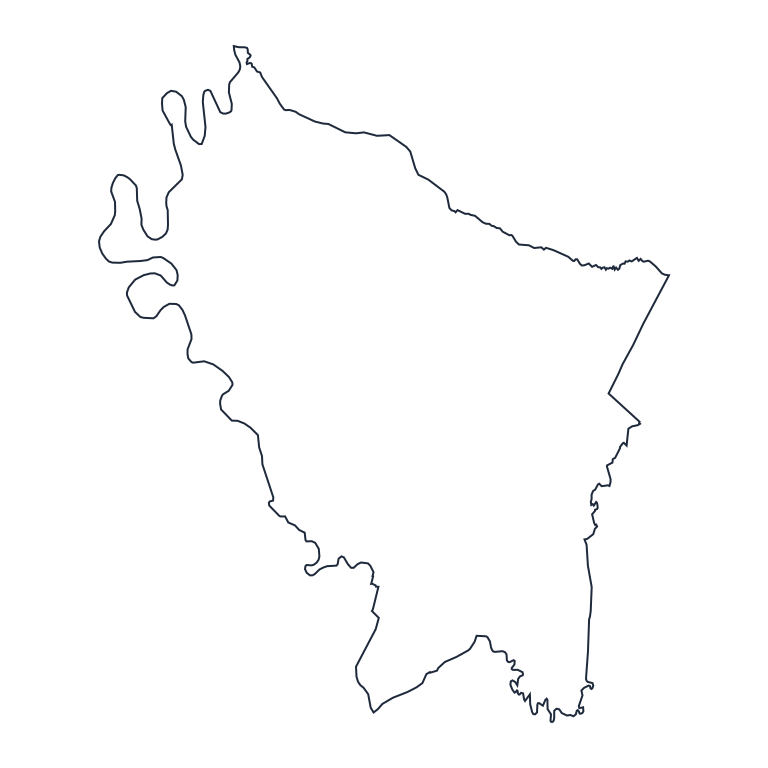 outline of Puerto Tejada, Cauca, Colombia
{"feature_id": "7082276B86469624898936", "entity_name": "Puerto Tejada", "entity_type": "district", "adm_level": 2, "iso_a3": "COL", "parent_name": "Colombia", "parent_adm1": "Cauca", "projection": "equal_earth", "projection_center": [-76.412, 3.266], "detail": "fine", "context": "isolated", "style": "outline", "palette": "slate", "viewbox_px": 768, "rotation_deg": 0, "n_neighbors": 0, "source": "geoboundaries", "source_scale": "gbopen_adm2", "svg_char_len": 6083}
<svg xmlns="http://www.w3.org/2000/svg" viewBox="0 0 768 768"><path d="M393.0,697.7L407.5,692.0L416.6,687.3L422.4,683.1L426.4,674.1L429.9,672.1L430.2,672.7L436.9,670.7L438.4,667.9L444.8,662.0L456.3,657.0L468.1,650.5L470.1,648.7L474.6,641.8L476.6,635.8L486.1,636.3L487.6,637.4L489.9,641.4L491.2,648.1L492.8,651.2L494.7,651.9L502.5,651.2L504.9,652.1L506.5,654.3L506.9,660.3L507.8,661.7L509.5,662.2L513.6,660.2L514.7,661.0L514.4,664.6L511.7,668.0L511.8,669.2L513.0,669.9L517.7,669.8L522.5,672.2L523.0,674.1L522.7,675.3L520.1,676.3L518.2,678.8L517.3,685.3L515.2,682.0L512.5,680.4L510.8,681.4L510.4,684.7L512.3,689.5L514.5,692.6L515.6,692.2L516.9,690.4L517.5,690.7L517.9,693.3L518.7,694.5L519.6,694.5L521.1,692.8L523.1,693.4L524.1,699.4L525.0,701.0L529.9,694.3L530.2,704.4L532.1,711.9L533.3,714.1L535.1,714.3L537.0,712.4L537.4,704.4L538.0,703.2L539.1,703.1L542.9,705.7L545.3,700.0L546.6,698.7L547.4,699.8L547.6,709.1L551.0,714.3L550.5,720.8L551.2,721.9L552.6,721.9L553.7,720.6L554.2,717.9L554.2,710.8L556.5,708.7L559.2,709.3L561.8,713.1L567.0,715.5L570.3,715.0L573.5,716.2L575.8,714.4L576.8,710.7L577.6,710.2L578.8,711.2L579.4,713.1L580.1,713.8L582.3,713.1L583.4,711.4L583.1,707.3L579.3,708.1L578.8,706.1L582.5,695.4L581.4,690.5L584.1,687.8L588.7,685.6L590.0,686.1L590.5,688.3L591.4,689.0L592.3,688.4L593.3,685.7L592.5,683.1L587.8,681.9L586.7,681.0L586.0,678.9L588.0,651.0L589.1,619.2L589.9,616.9L590.7,611.2L591.7,587.1L587.9,565.7L586.6,544.9L584.5,539.4L587.2,538.9L593.3,534.1L594.9,528.8L597.1,526.5L596.2,524.6L595.2,525.0L594.2,523.1L592.1,514.3L595.0,510.9L595.0,509.8L597.1,509.0L597.7,507.8L597.3,504.2L596.9,502.7L596.1,502.0L593.8,505.6L592.7,504.1L591.3,505.0L590.8,501.9L591.6,499.1L591.6,494.6L593.1,491.0L595.2,489.6L598.0,484.4L599.2,483.7L601.7,486.2L607.9,485.3L609.4,486.0L610.5,482.3L610.6,479.2L606.9,466.4L607.1,465.4L612.4,462.6L612.8,459.1L615.1,457.9L619.9,448.5L620.1,446.8L622.8,443.3L623.8,442.8L626.6,445.6L628.4,428.7L632.2,426.3L637.7,425.2L640.0,423.8L639.1,423.0L639.6,421.8L608.6,393.5L618.2,374.3L622.6,364.2L633.2,344.9L643.3,323.7L669.0,275.3L664.7,274.7L661.9,273.4L655.7,266.4L649.7,261.3L648.0,260.7L643.9,261.7L642.3,261.0L640.6,258.9L638.7,260.8L636.9,257.9L631.7,261.4L629.4,260.5L627.9,261.6L625.6,261.4L624.6,263.7L623.1,263.5L620.3,265.1L619.3,268.7L618.0,269.8L616.1,267.6L614.7,269.6L613.7,266.4L613.0,266.6L612.3,268.8L610.2,267.7L608.3,268.7L607.0,268.2L605.9,269.7L604.5,267.3L602.9,267.6L601.4,268.9L600.3,267.4L598.2,267.2L596.0,265.0L592.1,266.8L588.8,263.5L584.2,265.3L581.9,265.5L580.0,263.9L577.2,259.3L575.6,259.3L574.2,261.0L573.0,260.9L568.3,256.8L553.6,250.2L546.0,247.8L543.9,249.6L541.3,247.3L534.2,248.0L528.9,245.3L518.9,244.5L516.0,241.7L512.3,235.6L511.1,235.0L509.5,235.3L502.7,231.7L499.9,228.3L496.7,228.0L493.7,226.1L491.7,225.8L489.4,223.9L485.8,223.7L482.6,222.2L475.0,215.8L470.6,214.9L468.8,213.8L465.1,213.8L457.5,210.1L455.6,212.3L454.2,211.0L451.6,210.4L449.4,208.0L447.3,197.5L446.1,194.2L444.3,191.7L428.3,179.6L418.4,174.8L415.2,168.2L410.3,151.6L406.3,146.9L389.4,135.1L377.0,135.8L364.0,132.4L355.9,133.3L345.2,132.3L328.4,124.0L322.8,123.5L314.8,121.5L299.2,114.3L295.7,111.8L289.4,109.9L285.9,110.2L284.1,109.6L279.8,103.7L276.9,98.2L261.9,76.9L260.2,72.5L257.0,71.5L254.3,67.4L252.2,66.7L251.7,63.8L251.2,63.2L249.4,63.1L247.0,64.1L246.6,62.5L247.4,61.1L247.4,58.9L249.5,57.6L250.6,55.8L250.3,54.8L247.9,52.9L247.7,49.5L247.1,48.0L244.9,47.3L238.5,47.2L233.8,46.1L234.2,50.2L235.4,54.8L239.5,62.4L240.3,66.4L239.8,69.5L238.3,72.4L230.0,82.1L229.2,84.4L228.9,92.5L231.8,103.9L231.5,110.1L231.0,111.3L229.3,112.5L225.9,113.6L223.2,113.6L220.3,112.2L210.4,90.9L208.0,89.8L205.0,90.9L204.1,92.1L203.3,95.3L202.8,102.0L205.5,127.1L204.7,135.9L201.7,144.0L199.0,144.1L193.1,139.6L190.8,136.7L186.1,126.8L185.2,121.4L185.7,107.0L183.8,99.7L181.8,96.1L176.1,91.7L171.0,90.8L167.0,93.1L162.3,98.1L162.0,103.3L162.6,110.6L170.0,124.1L170.8,125.1L171.7,124.6L173.8,143.8L175.3,149.6L180.9,165.4L182.7,174.8L181.9,179.3L168.8,192.2L166.5,197.4L166.2,202.7L166.5,206.2L167.7,210.1L168.0,224.8L167.6,229.7L165.9,233.5L162.4,236.8L157.6,239.4L155.7,239.7L151.8,239.2L147.6,236.4L143.4,229.8L141.4,224.8L141.6,218.8L139.7,209.0L137.2,200.8L136.8,188.1L135.9,185.5L130.1,179.3L127.3,177.2L123.8,175.4L119.3,174.8L117.8,175.1L115.3,178.2L112.9,183.0L111.4,187.7L111.2,191.6L115.0,201.9L115.2,211.1L114.8,215.2L110.9,224.0L104.0,231.4L100.4,236.7L99.0,241.3L99.7,247.5L102.3,253.6L105.9,258.6L108.9,261.5L112.2,262.6L120.3,262.8L126.9,261.7L140.4,261.0L147.5,260.1L152.9,257.5L160.6,257.0L163.1,257.9L171.4,263.6L176.5,270.1L177.7,275.1L177.4,280.5L174.4,285.3L172.6,285.5L170.1,284.7L166.8,282.5L160.7,275.5L154.8,273.3L150.2,273.5L143.6,275.2L135.2,279.6L128.8,287.3L126.9,292.6L127.1,295.6L135.0,311.9L140.4,317.0L143.6,317.8L153.5,318.3L156.3,316.3L160.6,310.1L163.8,306.9L169.4,303.8L176.2,304.0L178.9,305.3L182.4,309.8L185.0,315.4L191.4,334.4L191.5,339.1L187.6,349.3L187.5,354.0L188.3,358.4L191.4,362.0L193.1,362.7L204.2,361.3L213.3,364.4L222.8,371.1L229.0,377.1L232.3,382.4L232.5,384.9L228.7,390.8L222.8,394.5L221.7,396.4L220.2,400.7L220.1,403.7L221.1,409.5L231.8,420.6L237.6,420.8L244.4,423.5L250.5,427.7L257.9,435.1L259.2,447.6L262.0,456.1L262.4,464.3L273.3,497.3L273.1,500.6L269.9,501.4L268.9,502.6L269.2,505.5L279.2,515.8L280.5,516.5L285.1,516.4L288.3,522.5L295.0,525.4L299.2,530.0L304.7,532.7L305.5,540.0L306.5,541.4L311.7,541.2L315.2,542.8L318.8,548.9L319.4,556.4L318.6,559.7L316.8,562.4L314.2,564.5L311.7,565.4L306.7,565.0L305.5,566.0L305.0,569.1L306.7,572.8L310.1,575.4L312.5,575.3L314.6,574.2L319.6,569.4L323.4,567.5L327.1,566.2L336.5,565.6L337.6,564.3L338.6,558.7L341.4,556.4L343.8,557.3L348.1,564.5L351.1,567.8L353.7,567.8L357.5,564.2L361.1,562.5L368.0,563.4L370.4,565.9L373.5,572.1L372.5,576.2L373.1,576.4L371.2,583.8L371.9,583.6L375.6,585.4L375.9,586.6L378.4,586.8L372.9,609.3L371.9,611.0L378.8,617.9L375.7,629.2L356.0,666.7L356.5,676.7L358.0,681.7L360.3,685.1L363.6,687.8L368.2,694.2L370.7,707.7L373.6,712.5L378.0,709.0L382.4,703.9L393.0,697.7Z" fill="none" stroke="#1e293b" stroke-width="2"/></svg>